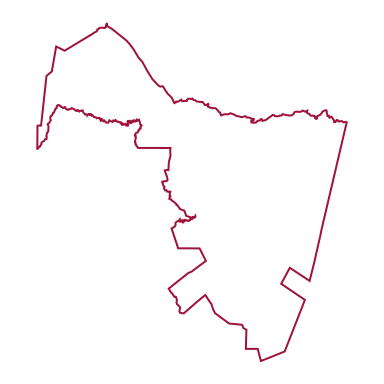 outline of Voi, Coast, Kenya
{"feature_id": "3690345B74422593765563", "entity_name": "Voi", "entity_type": "district", "adm_level": 2, "iso_a3": "KEN", "parent_name": "Kenya", "parent_adm1": "Coast", "projection": "robinson", "projection_center": [38.488, -3.338], "detail": "fine", "context": "isolated", "style": "outline", "palette": "rose", "viewbox_px": 384, "rotation_deg": 0, "n_neighbors": 0, "source": "geoboundaries", "source_scale": "gbopen_adm2", "svg_char_len": 5960}
<svg xmlns="http://www.w3.org/2000/svg" viewBox="0 0 384 384"><path d="M321.5,229.7L346.7,122.4L346.3,122.1L345.3,122.0L343.5,122.3L341.7,121.0L338.6,121.5L338.0,121.1L337.7,120.2L337.0,119.9L336.5,120.1L335.4,122.1L334.3,122.2L334.0,120.5L331.6,116.8L331.0,116.7L329.9,117.7L329.4,117.7L328.9,115.9L327.8,116.1L327.3,115.8L327.3,114.4L326.7,112.8L326.6,110.6L326.3,110.3L324.8,110.4L322.5,111.6L320.7,114.5L317.2,116.3L317.0,116.9L317.0,118.4L316.5,118.9L315.3,118.4L315.0,116.5L314.7,116.0L313.4,115.6L311.1,115.8L310.5,115.4L309.2,113.8L307.4,113.3L307.0,112.4L307.2,110.7L305.3,111.7L302.7,110.6L301.1,111.6L300.1,111.8L298.9,111.9L297.0,111.6L295.1,111.9L294.5,112.2L293.7,113.9L291.6,115.4L289.8,115.5L286.2,115.1L282.7,114.1L281.5,115.5L280.0,115.5L278.5,116.2L277.1,116.3L274.9,116.1L274.0,115.1L272.7,115.0L265.8,120.0L262.4,120.9L261.9,119.5L261.4,119.0L261.0,119.0L259.7,120.5L257.6,120.8L256.0,122.5L252.9,122.8L251.4,122.3L251.2,120.8L251.9,120.1L252.5,120.1L253.2,120.6L253.5,120.4L253.9,119.6L253.7,118.9L251.1,118.5L249.1,117.5L246.8,117.5L245.8,116.4L244.4,116.4L241.9,117.2L239.0,116.4L236.4,116.0L234.5,114.7L230.5,113.3L227.8,114.4L224.9,114.2L221.8,115.0L221.2,115.4L220.6,114.5L220.2,112.6L218.6,111.7L217.8,110.4L216.1,108.6L214.4,108.0L212.9,108.3L212.0,107.8L210.3,107.8L209.4,107.1L208.3,106.9L207.7,106.3L208.4,104.4L208.2,103.9L207.8,104.0L206.8,104.9L204.9,105.0L202.8,102.1L197.0,101.6L195.1,100.3L193.6,100.0L192.3,98.5L190.7,99.1L189.4,98.6L188.1,98.8L187.0,99.8L187.0,100.9L186.8,101.0L185.6,100.8L182.1,101.2L181.2,99.6L178.4,101.6L176.4,101.5L176.2,102.2L175.5,102.1L174.6,103.2L174.4,103.1L173.8,102.4L172.0,98.1L169.5,95.4L168.2,94.3L165.7,90.9L163.1,86.6L162.2,86.2L160.6,86.6L159.2,86.1L157.7,84.9L152.3,79.0L147.0,70.5L142.6,62.3L138.6,57.7L133.6,49.4L129.0,43.2L127.2,41.6L127.1,41.2L126.4,40.5L112.1,29.0L108.8,27.1L108.3,26.6L107.2,26.5L106.9,23.0L106.0,25.4L106.1,26.6L105.9,27.0L105.3,27.3L105.1,27.8L104.5,28.0L102.7,27.7L99.5,27.9L98.3,29.2L97.2,29.6L96.8,31.2L96.5,31.5L93.6,32.9L93.1,33.5L64.6,50.7L56.2,46.5L51.8,71.5L46.5,75.9L41.1,125.2L41.1,125.5L40.3,125.7L38.2,125.5L37.5,125.8L37.3,148.8L37.7,148.8L38.4,147.7L39.8,146.6L39.8,146.4L40.1,146.4L41.4,144.0L41.3,143.6L41.6,142.5L44.2,140.7L45.3,139.1L46.5,139.0L46.7,136.9L46.4,136.1L46.9,133.2L48.2,131.5L48.3,130.1L48.5,127.1L48.3,125.4L47.8,125.0L47.8,124.2L48.1,123.6L48.9,123.3L50.8,120.3L50.2,118.3L50.4,117.1L51.0,115.8L52.1,115.3L53.1,112.8L53.9,112.7L55.4,108.9L56.7,108.0L56.6,106.9L57.3,105.4L58.2,105.0L59.0,105.5L59.5,105.3L60.2,106.2L60.6,106.5L61.1,106.4L61.4,106.9L61.6,106.8L62.9,108.0L63.4,108.0L64.7,107.0L65.1,107.1L65.4,107.4L65.5,108.4L67.1,109.6L67.5,109.5L68.2,109.8L69.2,109.2L69.8,109.3L70.4,108.8L71.4,108.7L71.9,108.2L74.5,109.4L75.2,110.4L76.4,111.0L77.2,110.7L77.3,110.0L77.6,110.0L78.5,110.4L78.7,111.2L79.2,111.5L79.4,111.1L80.9,110.8L81.2,111.0L82.0,110.4L82.6,110.4L83.4,112.6L85.3,114.6L85.9,114.3L87.2,114.6L87.3,115.3L87.8,114.6L89.3,114.8L88.8,114.0L88.9,113.9L90.7,114.0L91.1,114.7L91.5,114.6L92.0,114.9L92.0,115.8L93.0,115.7L94.2,117.2L95.7,117.2L96.7,118.3L99.2,117.8L99.6,118.1L99.6,118.8L99.9,119.2L101.0,118.8L101.7,119.0L101.6,119.4L100.6,119.8L100.8,120.8L101.5,120.6L101.6,120.1L102.0,119.9L103.6,121.2L104.1,120.3L104.3,120.4L105.1,121.6L105.9,121.9L106.3,122.7L108.3,122.7L109.3,120.3L110.3,121.0L112.7,121.9L113.3,120.6L113.7,120.9L114.9,121.0L115.4,120.0L116.0,120.4L116.1,121.0L117.3,121.8L118.1,121.5L120.2,122.7L120.3,122.2L120.9,122.3L121.3,123.2L121.1,123.6L121.9,124.8L122.2,124.8L122.5,123.5L122.7,123.4L123.1,124.1L122.7,124.5L122.8,124.7L123.7,124.7L124.9,124.0L125.0,124.6L125.6,124.6L126.2,125.5L127.7,125.7L128.1,125.5L128.3,125.0L128.3,124.5L127.3,123.6L128.2,122.1L127.6,121.5L127.8,121.0L129.0,120.9L129.3,121.6L129.0,122.1L129.1,122.5L130.6,123.0L130.7,122.3L130.4,121.8L131.0,120.9L131.6,121.4L131.5,122.0L131.9,122.5L133.4,121.6L133.5,121.3L133.0,120.7L133.3,120.3L134.1,120.3L134.9,121.0L135.7,120.5L135.7,121.4L136.9,120.9L137.0,119.7L138.3,120.4L138.9,119.8L140.0,122.6L140.3,124.3L141.6,125.4L141.4,125.7L140.8,125.7L140.7,126.0L140.6,127.4L140.2,127.7L140.6,128.6L139.4,129.1L139.2,130.0L138.3,130.4L138.2,131.9L137.2,132.6L136.2,132.8L135.2,134.2L135.4,134.6L134.8,135.4L135.0,135.8L135.7,136.1L135.5,136.9L135.9,137.4L135.0,141.5L135.1,142.5L135.7,143.0L135.4,144.0L135.7,144.6L136.3,145.0L136.5,146.1L137.5,146.9L137.9,147.9L170.5,148.0L170.2,149.9L170.5,155.8L168.9,161.9L168.4,170.1L166.8,169.9L164.7,170.5L167.2,177.4L167.5,180.2L166.7,181.0L162.3,181.6L162.2,182.5L162.8,183.2L163.0,184.6L163.5,185.8L164.4,186.6L164.4,187.4L163.9,188.2L165.1,190.4L166.5,190.2L167.0,191.5L168.1,191.5L168.5,191.8L170.0,191.5L170.4,191.7L169.8,193.2L169.8,194.9L170.3,196.2L169.7,196.2L169.8,196.8L169.3,198.3L169.4,198.9L170.9,199.2L171.1,199.9L175.8,203.4L176.5,205.0L177.4,205.1L178.1,206.5L179.1,207.5L179.7,208.9L184.4,210.7L186.2,215.9L192.5,217.9L192.8,217.0L194.7,216.9L195.3,215.9L195.5,216.7L194.6,217.6L193.2,217.9L192.0,219.2L190.4,218.9L189.7,219.7L189.9,220.4L189.6,220.6L189.2,220.4L188.1,221.0L187.4,220.9L187.0,220.4L186.1,220.5L185.8,220.0L184.8,219.8L184.6,220.0L184.8,220.5L184.6,221.1L183.5,221.9L183.5,221.3L182.8,220.3L182.2,221.1L181.9,221.0L181.8,220.5L181.3,220.4L181.1,221.1L181.5,221.6L180.7,221.3L180.4,221.7L179.8,221.5L179.7,219.5L178.6,220.8L176.8,221.6L175.5,222.9L175.4,223.5L175.6,225.0L174.8,226.5L171.6,228.5L178.2,248.3L199.6,248.4L205.9,260.9L191.6,271.6L188.0,273.2L168.7,288.6L170.9,292.4L171.8,292.9L173.8,296.0L174.8,297.0L175.6,296.7L176.1,297.1L176.9,300.1L176.5,302.7L176.9,304.0L180.1,307.2L179.4,311.5L180.1,312.8L182.9,313.3L183.7,313.4L196.8,302.0L205.3,295.0L210.6,303.1L211.3,303.7L213.2,309.5L215.1,313.2L229.0,323.5L242.2,324.8L243.3,328.0L246.4,329.7L245.9,348.9L257.7,348.9L260.9,361.0L284.7,351.5L304.9,299.9L281.2,283.8L289.8,267.8L309.6,280.9L313.9,263.8L320.5,234.8L321.5,229.7Z" fill="none" stroke="#9f1239" stroke-width="2"/></svg>